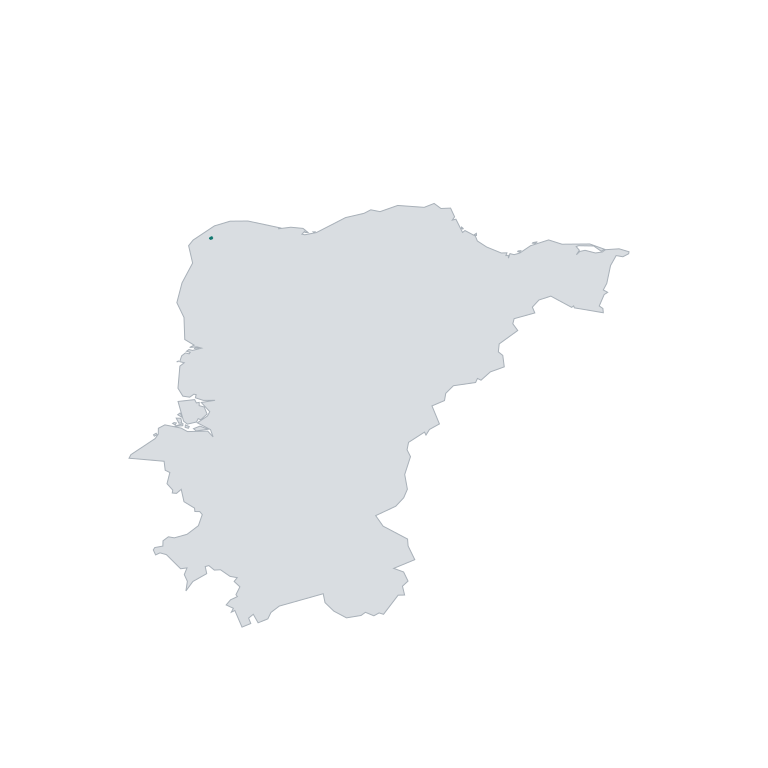 Solânea, Paraíba, Brazil shown in context, rotated 247°
{"feature_id": "56859067B20295447972760", "entity_name": "Solânea", "entity_type": "district", "adm_level": 2, "iso_a3": "BRA", "parent_name": "Brazil", "parent_adm1": "Paraíba", "projection": "equal_earth", "projection_center": [-35.722, -6.744], "detail": "fine", "context": "in_parent", "style": "filled", "palette": "teal", "viewbox_px": 768, "rotation_deg": 247, "n_neighbors": 0, "source": "geoboundaries", "source_scale": "gbopen_adm2", "svg_char_len": 4257}
<svg xmlns="http://www.w3.org/2000/svg" viewBox="0 0 768 768"><g transform="rotate(247 384 384)"><path d="M247.9,165.4L253.6,172.1L260.8,168.9L263.1,173.2L267.1,167.1L276.9,160.9L279.0,155.1L285.3,151.8L285.8,148.1L278.7,146.7L276.9,130.9L270.9,120.8L279.2,125.9L286.6,125.7L291.7,130.8L293.4,124.6L312.0,117.0L316.1,111.8L315.9,107.0L321.4,106.8L323.0,109.1L321.2,117.1L326.0,119.3L327.6,125.8L324.3,130.9L322.6,144.0L326.1,157.8L334.8,165.7L338.6,164.5L340.5,160.1L343.8,161.1L353.8,153.9L366.3,156.2L364.4,150.3L366.4,146.5L368.9,148.1L377.0,145.3L386.2,152.3L390.1,148.9L398.8,151.4L415.3,120.3L417.9,123.5L423.2,152.1L426.0,156.6L431.4,159.0L432.0,166.3L422.7,180.0L417.0,184.5L409.5,203.3L402.1,206.0L409.8,206.5L421.2,197.0L423.5,209.0L426.6,212.8L438.4,208.6L435.0,222.1L439.5,211.3L445.0,205.0L447.6,206.9L448.9,205.0L447.8,200.0L451.4,194.1L460.6,192.7L480.2,203.1L481.6,208.4L484.4,204.7L489.0,208.8L490.2,213.3L487.9,216.4L488.9,218.0L491.3,215.0L491.9,217.9L489.7,220.9L488.3,230.1L491.3,226.3L493.6,219.4L494.0,224.4L502.8,218.0L523.4,225.9L539.8,225.1L556.0,237.6L570.1,255.1L587.7,258.2L591.1,264.6L595.8,289.7L594.0,306.0L587.2,322.4L568.3,349.4L568.2,347.2L564.7,359.5L558.9,370.2L556.1,371.8L554.0,367.0L552.3,369.4L549.8,380.9L552.2,413.6L548.9,432.4L549.5,439.9L544.2,447.7L543.0,466.4L530.9,490.0L530.6,500.7L523.3,505.0L519.9,514.0L510.3,514.3L508.2,510.9L507.6,514.6L492.8,515.5L493.6,518.5L484.5,525.9L479.2,525.8L470.0,532.0L458.8,543.1L456.7,548.4L454.6,546.4L453.9,548.7L451.2,547.7L454.8,550.9L452.2,554.3L451.5,560.1L454.0,572.9L452.3,591.8L443.1,602.5L432.5,628.1L421.9,639.6L421.4,635.8L429.1,631.0L435.3,617.1L435.4,614.6L430.8,616.1L427.8,611.6L429.5,616.0L428.5,621.3L422.0,629.8L420.2,636.5L421.1,640.3L416.6,653.2L410.0,661.2L408.3,660.1L407.8,653.6L411.5,647.9L404.5,638.8L389.6,628.4L384.9,622.6L381.0,625.7L380.3,621.6L371.7,612.6L368.0,615.0L363.9,613.7L379.7,589.0L381.8,589.1L381.2,586.7L399.7,571.9L400.8,559.5L396.8,550.6L390.5,550.6L393.3,529.3L389.1,526.1L381.0,528.0L375.9,505.7L368.9,501.8L363.9,504.5L352.8,501.4L353.6,486.6L349.6,474.8L352.6,472.2L349.6,468.9L355.3,447.2L351.3,437.2L345.1,433.2L345.1,419.6L325.6,419.4L324.4,408.1L320.6,402.7L323.9,402.5L320.7,383.8L314.4,379.5L306.8,380.0L292.6,367.7L278.0,364.4L271.6,357.7L266.9,347.1L266.1,324.9L253.5,327.6L232.1,345.1L225.5,342.9L210.3,343.7L210.5,320.9L203.3,328.6L193.2,329.1L190.7,322.0L181.7,320.5L184.1,314.5L172.2,293.6L175.2,290.0L174.6,284.1L181.1,277.7L179.9,272.4L183.4,258.1L194.5,249.1L205.8,244.3L214.7,246.1L220.5,200.8L217.9,190.7L213.2,185.3L213.4,174.8L223.1,173.7L221.4,167.9L215.6,167.8L215.7,158.3L233.8,158.2L233.6,154.3L236.4,157.7L242.3,152.4L245.3,158.4L245.6,166.0L247.9,165.4ZM428.2,185.0L448.4,187.6L443.6,203.6L439.9,203.9L439.3,206.7L436.3,205.4L433.1,209.5L425.5,209.4L422.7,201.4L424.7,199.4L422.3,196.5L423.9,187.3L428.2,185.0ZM411.1,204.3L414.2,192.8L417.3,191.2L417.1,198.2L411.1,204.3ZM433.8,179.4L431.8,183.6L427.3,182.7L428.0,179.9L433.8,179.4ZM426.9,174.7L426.1,183.4L424.2,182.5L426.9,174.7ZM437.0,184.9L434.1,185.4L432.8,184.7L436.3,182.1L437.0,184.9ZM423.9,185.2L420.9,188.1L419.7,186.6L421.8,184.0L423.9,185.2ZM429.3,177.6L427.9,175.8L430.3,174.0L430.5,175.7L429.3,177.6ZM427.7,155.0L426.0,155.4L425.7,152.2L427.3,152.0L427.7,155.0ZM455.0,580.7L454.4,578.1L455.6,575.7L456.0,576.4L455.0,580.7ZM486.1,524.9L486.6,527.9L484.6,527.2L486.1,524.9ZM453.3,562.0L452.4,560.4L453.6,558.8L454.1,559.4L453.3,562.0ZM490.9,224.4L489.6,227.7L490.9,223.0L490.9,224.4ZM555.0,372.4L553.0,373.3L554.3,370.7L555.0,372.4ZM498.2,516.7L496.2,517.7L495.8,517.1L497.0,515.8L498.2,516.7ZM551.7,378.2L551.0,380.0L550.5,378.9L551.7,378.2ZM485.4,201.8L485.5,203.6L485.0,203.4L485.4,201.8Z" fill="#d9dde1" stroke="#a8b0b8" stroke-width="1"/><path d="M586.2,282.8L586.3,282.9L586.4,282.7L586.7,282.6L586.7,282.3L586.7,282.2L586.6,281.9L586.5,281.7L586.4,281.7L586.4,281.4L586.4,281.2L586.4,280.9L586.2,280.9L586.3,280.7L586.2,280.5L585.9,280.5L585.7,280.7L585.7,280.8L585.4,281.0L585.2,281.0L585.2,281.3L585.2,281.5L585.1,281.8L585.0,282.0L584.9,282.1L585.0,282.4L585.2,282.9L585.3,283.0L585.4,282.9L585.5,282.9L585.5,283.0L585.5,282.9L585.8,282.9L586.0,282.9L586.2,282.8Z" fill="#14b8a6" stroke="#0f766e" stroke-width="1.5"/></g></svg>